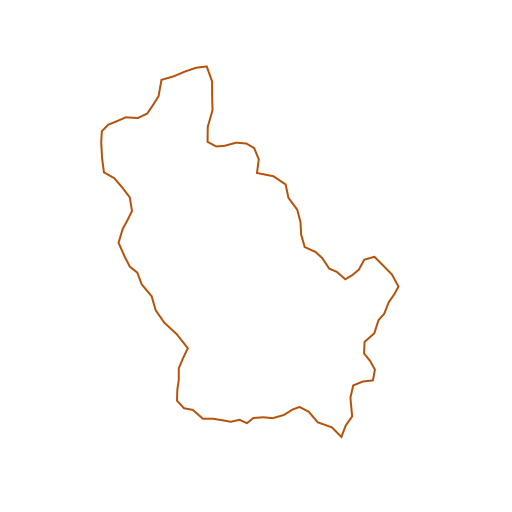 Rodeiro, Minas Gerais, Brazil (Equal Earth projection), rotated 164°
{"feature_id": "56859067B62126543827478", "entity_name": "Rodeiro", "entity_type": "district", "adm_level": 2, "iso_a3": "BRA", "parent_name": "Brazil", "parent_adm1": "Minas Gerais", "projection": "equal_earth", "projection_center": [-42.844, -21.213], "detail": "fine", "context": "isolated", "style": "outline", "palette": "amber", "viewbox_px": 512, "rotation_deg": 164, "n_neighbors": 0, "source": "geoboundaries", "source_scale": "gbopen_adm2", "svg_char_len": 1377}
<svg xmlns="http://www.w3.org/2000/svg" viewBox="0 0 512 512"><g transform="rotate(164 256 256)"><path d="M351.9,424.0L362.0,422.9L369.8,418.4L373.4,408.2L377.0,392.5L379.1,378.3L370.9,370.0L365.6,358.5L361.2,347.2L362.8,333.4L370.2,325.3L376.7,318.7L384.5,306.6L382.4,291.5L380.2,280.5L374.7,272.8L373.7,260.3L367.4,246.0L367.4,231.4L362.5,217.1L353.6,202.4L347.0,186.1L354.2,178.0L361.2,169.3L364.4,158.2L368.5,149.1L371.8,138.7L367.2,129.5L359.2,125.5L351.9,114.2L342.1,111.4L333.7,107.4L325.9,103.6L317.0,103.1L310.8,97.8L303.1,101.0L293.2,98.9L284.7,95.5L273.0,95.5L263.3,98.3L255.8,98.9L248.2,91.7L242.5,79.1L230.3,70.4L223.8,58.5L216.5,68.3L207.8,75.3L204.3,93.8L198.2,104.8L188.0,105.9L177.9,104.2L173.0,114.0L175.3,123.8L179.0,132.5L175.3,143.5L163.6,149.1L155.9,160.6L148.6,165.2L141.3,174.8L133.5,181.2L127.5,187.3L130.4,200.7L136.1,211.2L142.4,222.6L153.0,222.6L160.8,214.6L168.4,211.2L176.6,209.0L182.6,218.4L189.1,223.7L192.9,235.8L197.7,243.5L206.7,251.1L206.7,264.1L203.9,276.2L203.6,289.2L208.8,303.0L207.8,316.6L217.3,327.9L232.2,335.5L226.7,348.1L228.0,360.2L234.3,366.8L243.8,370.4L256.0,370.6L264.1,372.3L271.1,379.1L266.8,393.4L257.6,408.2L253.5,424.0L250.1,435.9L251.1,451.8L262.0,453.5L273.4,452.9L285.6,451.4L298.3,451.4L305.6,436.5L314.1,428.9L321.3,422.9L331.6,421.2L343.0,425.2L351.9,424.0Z" fill="none" stroke="#b45309" stroke-width="2"/></g></svg>